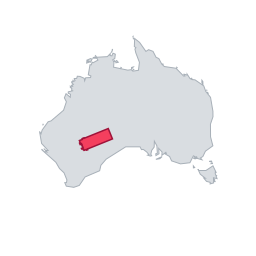 Laverton, Western Australia, Australia (highlighted), rotated 338°
{"feature_id": "25037944B80817080024086", "entity_name": "Laverton", "entity_type": "district", "adm_level": 2, "iso_a3": "AUS", "parent_name": "Australia", "parent_adm1": "Western Australia", "projection": "mercator", "projection_center": [123.06, -27.938], "detail": "fine", "context": "in_parent", "style": "filled", "palette": "rose", "viewbox_px": 256, "rotation_deg": 338, "n_neighbors": 0, "source": "geoboundaries", "source_scale": "gbopen_adm2", "svg_char_len": 4976}
<svg xmlns="http://www.w3.org/2000/svg" viewBox="0 0 256 256"><g transform="rotate(338 128 128)"><path d="M170.8,53.0L173.3,63.7L176.4,63.1L179.9,66.3L180.5,72.9L182.6,75.2L183.2,81.3L184.7,84.6L194.9,90.6L199.0,100.6L200.2,101.1L200.4,99.3L202.7,101.1L203.0,100.2L204.0,105.4L205.3,106.9L208.2,108.5L214.0,117.3L213.8,123.2L216.0,130.5L213.0,144.3L211.0,149.4L205.9,155.3L201.2,167.2L200.0,176.3L191.1,178.5L186.7,182.5L184.0,182.9L184.7,185.2L180.4,181.8L181.0,181.0L180.7,180.2L180.0,180.2L178.5,181.6L177.5,180.7L179.2,179.4L178.2,178.3L172.4,183.4L163.2,180.9L156.1,174.8L155.9,170.0L152.6,165.8L154.0,166.0L154.0,164.7L149.2,166.0L150.6,162.9L148.8,158.4L147.1,163.5L143.6,164.0L144.1,162.3L145.8,162.3L148.1,155.3L147.5,150.1L145.1,155.5L141.6,157.6L139.3,160.9L139.6,162.6L138.2,162.4L136.0,160.5L137.4,160.5L136.4,157.3L134.2,153.6L132.4,153.1L132.1,150.0L118.8,144.6L96.1,148.7L88.9,152.4L85.7,157.0L69.9,157.3L61.3,163.0L55.5,162.7L49.0,158.8L48.9,155.0L50.5,155.6L51.9,153.3L51.9,145.6L49.3,139.9L48.3,132.8L41.1,118.3L43.9,119.9L42.2,115.5L43.4,118.1L45.5,118.9L42.1,110.0L44.7,98.0L45.2,100.8L47.7,97.7L56.3,92.3L59.3,92.6L74.9,87.4L80.7,80.6L80.3,76.2L83.4,73.0L86.0,77.9L87.3,75.2L85.6,73.3L86.2,72.1L91.2,72.9L89.6,72.4L90.7,70.5L89.8,68.8L92.4,68.5L91.5,67.3L93.7,67.1L92.9,65.3L94.9,63.2L95.0,64.5L96.6,64.3L96.7,62.0L99.0,62.8L100.4,61.0L102.8,62.2L106.0,65.5L105.5,68.0L107.6,65.6L112.2,67.2L113.1,65.8L111.1,63.8L116.5,55.1L117.6,55.7L119.4,53.5L120.0,54.4L125.5,53.8L125.4,51.7L121.7,50.1L122.3,49.6L135.6,54.1L139.4,52.4L138.5,54.1L140.1,55.1L142.1,53.0L143.9,54.8L141.8,58.6L139.4,59.0L139.6,61.8L137.4,66.2L149.5,74.3L152.8,75.1L153.8,77.1L159.3,78.4L163.2,71.4L163.4,61.2L164.0,57.4L165.4,56.5L164.4,54.8L167.7,47.5L170.8,53.0ZM177.5,193.8L184.4,196.6L192.6,194.9L193.1,202.7L192.6,201.3L191.8,203.0L191.6,208.3L188.6,206.1L186.8,211.0L183.2,210.6L183.9,209.2L180.8,206.9L179.5,202.8L180.9,203.5L177.7,197.9L177.5,193.8ZM115.5,49.7L119.3,49.6L120.5,50.7L117.9,52.9L115.5,49.7ZM142.1,167.5L148.9,167.3L146.0,168.4L142.1,167.5ZM142.8,61.2L143.6,63.4L141.2,63.0L141.6,61.5L142.8,61.2ZM213.6,116.3L213.5,113.6L214.4,111.4L214.8,113.0L213.6,116.3ZM190.7,189.3L193.0,189.9L193.0,191.0L190.7,189.3ZM115.1,50.3L116.4,52.4L114.0,52.3L115.1,50.3ZM175.0,189.7L173.7,189.5L174.4,187.6L175.0,189.7ZM155.8,73.4L154.6,74.0L153.4,74.4L154.0,73.2L155.8,73.4ZM41.1,117.7L40.1,116.4L40.0,115.2L41.1,117.7ZM192.5,192.0L193.4,192.8L191.7,192.2L192.5,192.0ZM204.8,105.7L205.7,105.7L205.7,106.9L204.8,105.7ZM183.4,81.2L184.5,81.9L184.3,82.3L183.4,81.2ZM188.6,209.0L188.7,210.3L187.8,209.9L188.6,209.0ZM215.2,124.3L215.3,125.8L215.1,125.7L215.2,124.3ZM125.2,49.5L124.5,49.0L125.0,48.7L125.2,49.5ZM143.0,49.7L142.0,50.7L143.1,48.9L143.0,49.7ZM215.3,122.5L214.9,123.0L215.2,122.4L215.3,122.5ZM144.4,69.5L143.8,69.8L144.1,69.2L144.4,69.5ZM140.9,61.2L140.3,61.3L140.7,60.6L140.9,61.2ZM50.8,92.3L50.6,93.2L50.3,93.2L50.8,92.3ZM166.6,47.0L166.5,47.8L166.3,47.2L166.6,47.0ZM180.0,180.6L180.1,181.2L179.9,181.0L180.0,180.6ZM141.8,51.1L140.5,51.8L141.8,50.9L141.8,51.1ZM93.0,64.2L92.6,64.7L92.9,64.1L93.0,64.2ZM189.1,208.0L188.6,208.3L188.9,207.8L189.1,208.0ZM155.2,76.0L154.5,76.0L154.9,75.5L155.2,76.0ZM90.5,68.2L90.1,68.5L90.1,67.8L90.5,68.2ZM192.4,205.3L191.8,205.7L192.0,204.9L192.4,205.3ZM167.0,45.0L166.9,45.5L166.6,45.3L167.0,45.0ZM179.6,181.4L180.2,181.9L179.2,181.8L179.6,181.4ZM196.2,90.5L195.7,90.6L195.9,90.0L196.2,90.5ZM200.0,99.2L199.8,99.2L199.9,98.7L200.0,99.2ZM177.8,192.9L177.6,193.3L177.4,192.8L177.8,192.9Z" fill="#d9dde1" stroke="#a8b0b8" stroke-width="1"/><path d="M109.5,121.1L107.7,121.1L106.6,121.1L101.5,121.1L98.5,121.1L95.4,121.1L92.2,121.1L90.7,121.1L90.4,121.1L90.2,121.1L89.9,121.1L89.7,121.1L89.4,121.1L89.2,121.1L88.9,121.1L88.7,121.1L88.4,121.1L88.2,121.1L87.9,121.1L87.7,121.1L87.4,121.1L87.2,121.1L86.9,121.1L86.7,121.1L86.4,121.1L86.2,121.1L85.9,121.1L85.7,121.1L85.4,121.1L85.2,121.1L84.9,121.1L84.7,121.1L84.4,121.1L84.2,121.1L83.9,121.1L83.7,121.1L83.7,120.8L83.4,120.8L83.4,120.6L83.2,120.6L82.9,120.6L82.7,120.6L82.2,120.6L82.2,120.9L81.2,120.9L81.2,121.5L79.5,121.5L79.5,121.4L78.2,121.4L78.2,123.7L77.7,123.7L77.7,123.8L77.5,124.0L77.4,124.0L77.4,124.5L77.4,125.4L77.5,125.4L77.7,125.6L77.8,125.6L78.0,125.6L78.2,125.4L78.2,125.2L78.7,125.2L79.0,125.1L79.1,126.1L78.7,126.1L78.7,127.5L79.0,127.5L79.0,128.5L79.0,128.8L79.0,129.0L79.0,129.5L78.7,129.5L78.4,129.5L78.3,129.4L77.5,129.4L77.2,129.4L77.2,130.0L77.4,130.0L77.5,130.2L78.3,130.2L78.3,130.8L78.5,130.8L78.5,131.1L78.5,131.4L78.8,131.4L78.8,131.7L79.0,131.7L79.0,132.1L79.0,132.3L79.4,132.3L80.0,132.3L80.9,132.3L81.0,132.4L81.0,132.5L80.9,132.5L81.0,132.6L80.9,132.6L81.0,132.6L81.0,132.8L81.1,133.0L82.4,133.1L82.4,132.6L82.5,132.6L82.5,132.2L83.0,132.2L83.0,132.3L84.1,132.3L85.7,132.3L87.9,132.3L91.4,132.3L92.6,132.3L95.3,132.3L98.1,132.3L98.6,132.3L102.3,132.3L107.3,132.3L109.5,132.3L109.5,127.7L109.5,121.1Z" fill="#f43f5e" stroke="#9f1239" stroke-width="1.5"/></g></svg>